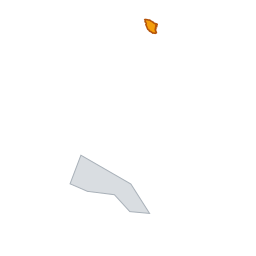 La Digue, La Digue and Inner Islands, Seychelles shown in context, rotated 329°
{"feature_id": "34574756B18865708954128", "entity_name": "La Digue", "entity_type": "district", "adm_level": 2, "iso_a3": "SYC", "parent_name": "Seychelles", "parent_adm1": "La Digue and Inner Islands", "projection": "robinson", "projection_center": [55.838, -4.36], "detail": "fine", "context": "in_parent", "style": "filled", "palette": "amber", "viewbox_px": 256, "rotation_deg": 329, "n_neighbors": 0, "source": "geoboundaries", "source_scale": "gbopen_adm2", "svg_char_len": 2678}
<svg xmlns="http://www.w3.org/2000/svg" viewBox="0 0 256 256"><g transform="rotate(329 128 128)"><path d="M101.6,177.5L102.5,212.3L86.5,200.6L82.0,178.2L60.6,161.4L49.6,146.0L73.6,127.1L101.6,177.5Z" fill="#d9dde1" stroke="#a8b0b8" stroke-width="1"/><path d="M198.9,44.1L198.7,43.9L198.5,43.7L198.4,43.7L198.3,43.8L198.2,43.8L198.2,44.0L198.3,44.1L198.3,44.3L198.2,44.5L198.0,44.8L197.9,45.0L197.8,45.3L197.8,45.5L197.7,45.6L197.4,45.6L197.3,45.9L197.3,46.0L197.5,46.2L197.6,46.3L197.6,46.5L197.6,46.8L197.6,47.0L197.6,47.3L197.5,47.6L197.5,47.8L197.4,47.9L197.4,48.0L197.2,48.2L197.1,48.3L196.9,48.4L196.6,48.5L196.6,49.0L196.5,49.3L196.3,49.6L196.4,49.8L196.4,50.0L196.3,50.6L196.2,50.8L196.2,51.1L196.2,51.3L196.1,51.5L196.1,51.8L196.0,52.1L196.0,52.3L196.0,52.5L195.9,52.6L195.9,52.8L195.9,53.1L195.8,53.3L195.8,53.5L195.9,53.8L196.0,54.1L196.1,54.3L196.2,54.5L196.3,54.9L196.4,55.0L196.5,55.2L196.5,55.3L196.5,55.5L196.4,55.6L196.3,55.8L196.4,56.0L196.5,56.0L196.6,56.3L196.6,56.5L196.8,56.7L196.9,56.9L197.1,57.0L197.3,57.2L197.3,57.3L197.4,57.5L197.4,57.8L197.5,57.9L197.5,58.0L197.6,58.3L197.8,58.5L198.0,58.7L198.0,58.8L198.1,59.1L198.0,59.3L198.1,59.5L198.3,59.5L198.5,59.7L198.7,59.8L198.9,59.8L199.1,59.9L199.2,60.0L199.4,60.1L199.5,60.3L199.6,60.5L199.8,60.7L200.0,60.9L200.3,61.0L200.5,61.0L200.5,60.9L200.8,60.8L201.2,61.0L201.4,61.0L201.5,60.8L201.5,60.7L201.7,60.4L201.7,60.2L201.5,59.9L201.5,59.7L201.5,59.4L201.6,59.2L201.8,59.1L201.8,58.8L201.8,58.7L202.0,58.4L201.8,58.2L201.8,57.9L202.0,57.7L202.3,57.3L202.4,57.2L202.5,57.1L202.8,57.0L202.9,57.3L203.0,57.3L202.8,56.7L203.0,56.5L203.1,56.4L203.3,56.2L203.5,55.9L203.7,56.0L203.9,56.0L204.0,55.9L204.1,56.0L204.3,56.0L204.6,56.0L204.8,56.0L204.9,55.8L204.7,55.7L204.4,55.5L204.3,55.3L204.3,55.1L204.4,54.9L204.5,54.7L204.7,54.4L204.8,54.3L205.0,54.2L205.1,54.3L205.3,54.4L205.4,54.6L205.5,54.6L205.7,54.4L205.8,54.3L206.0,54.4L206.0,54.5L206.1,54.4L206.3,54.4L206.4,54.2L206.4,53.9L206.3,53.7L206.2,53.6L206.0,53.3L205.9,53.2L205.7,53.1L205.4,53.0L205.2,52.8L205.0,52.7L205.0,52.4L204.8,52.4L204.7,52.1L204.6,51.8L204.5,51.7L204.3,51.5L204.3,51.4L204.2,51.3L204.2,51.1L204.1,50.9L204.0,50.6L204.0,50.4L203.9,50.3L203.8,50.2L203.9,49.9L203.7,49.8L203.6,49.7L203.5,49.4L203.4,49.2L203.3,48.9L203.2,48.7L203.0,48.4L202.9,48.3L202.8,48.2L202.7,48.1L202.6,47.9L202.5,47.6L202.4,47.3L202.4,47.2L202.2,46.9L202.3,46.8L202.2,46.6L201.9,46.4L201.7,46.4L201.5,46.2L201.4,46.2L201.2,46.0L201.1,45.9L200.9,45.7L200.7,45.5L200.6,45.4L200.4,45.2L200.2,45.0L200.1,44.9L199.9,44.8L199.8,44.7L199.6,44.6L199.5,44.4L199.4,44.3L199.3,44.2L199.2,44.1L198.9,44.1Z" fill="#f59e0b" stroke="#b45309" stroke-width="1.5"/></g></svg>